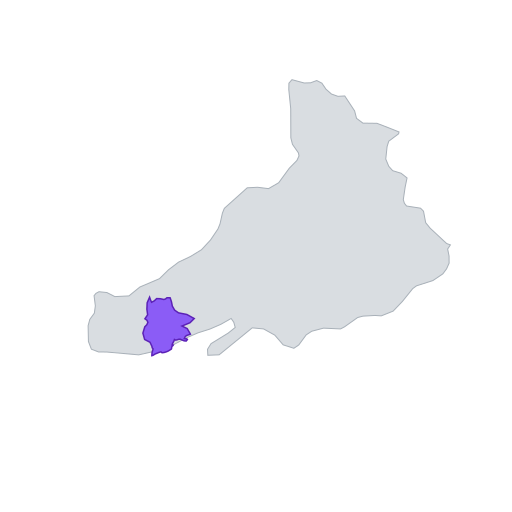 El Seybo highlighted on a map of Dominican Republic, rotated 145°
{"feature_id": "DOM-1986", "entity_name": "El Seybo", "entity_type": "Province", "adm_level": 1, "iso_a3": "DOM", "parent_name": "Dominican Republic", "parent_adm1": "", "projection": "mercator", "projection_center": [-69.039, 18.789], "detail": "fine", "context": "in_parent", "style": "filled", "palette": "violet", "viewbox_px": 512, "rotation_deg": 145, "n_neighbors": 0, "source": "natural_earth", "source_scale": "10m", "svg_char_len": 2451}
<svg xmlns="http://www.w3.org/2000/svg" viewBox="0 0 512 512"><g transform="rotate(145 256 256)"><path d="M91.5,336.2L92.0,318.3L94.7,311.1L92.2,303.5L80.8,295.3L73.8,284.9L67.7,275.6L69.1,274.3L81.4,273.9L85.8,270.5L94.1,261.0L95.8,253.3L95.1,247.5L89.7,240.6L87.5,233.3L94.2,227.0L103.0,217.7L104.2,214.1L104.0,210.6L93.8,200.8L93.1,196.6L97.9,186.0L97.4,178.9L92.7,156.9L90.4,153.6L95.0,151.8L97.9,145.2L101.9,139.4L107.2,136.2L113.2,134.2L125.1,134.4L141.6,139.5L146.3,139.4L162.2,134.8L175.3,132.2L187.7,135.1L192.7,139.1L202.9,145.4L208.0,147.3L224.2,147.2L228.6,147.8L242.1,158.2L253.5,162.4L260.1,162.6L272.0,158.6L277.9,158.7L284.7,167.6L286.0,180.4L291.6,191.9L300.3,199.3L342.9,196.2L352.4,202.3L349.2,207.4L343.1,210.0L322.9,208.8L314.0,209.4L312.2,214.5L312.2,219.1L324.0,220.2L335.7,222.6L347.5,226.3L359.6,228.8L373.1,230.5L386.5,233.2L408.8,242.3L433.4,263.0L440.0,267.7L444.3,274.1L442.3,282.1L433.5,295.2L428.5,299.4L421.2,301.9L416.2,307.3L411.4,316.4L408.5,317.2L405.1,316.8L399.1,311.6L394.9,303.7L383.0,296.2L368.9,297.2L348.1,292.8L335.5,294.9L322.9,295.4L310.0,293.2L297.1,292.4L284.1,295.2L271.6,300.0L267.0,303.0L258.9,310.4L254.6,313.2L224.1,316.9L215.3,311.4L207.1,304.0L195.4,303.0L178.4,308.8L167.7,310.8L163.4,313.3L162.1,316.1L162.1,326.5L159.7,332.8L143.1,356.7L133.7,373.5L129.9,378.7L125.4,379.8L117.3,370.1L112.0,366.6L105.6,364.9L102.9,359.8L103.0,352.5L101.3,345.4L97.3,339.8L91.5,336.2Z" fill="#d9dde1" stroke="#a8b0b8" stroke-width="1"/><path d="M354.6,229.6L358.5,230.7L360.1,230.6L362.1,229.5L361.4,228.7L360.2,227.9L360.1,226.9L362.0,226.4L363.6,227.8L365.8,231.3L367.2,232.2L368.7,232.6L370.1,233.2L370.7,234.4L372.0,233.4L374.5,232.2L375.7,231.3L374.9,230.5L375.3,230.3L376.2,230.2L377.1,229.9L378.1,228.8L378.5,228.4L378.9,228.3L382.6,228.5L384.7,229.0L386.7,229.7L388.4,230.6L388.6,230.9L388.6,231.3L388.7,231.7L389.1,232.1L391.2,232.8L391.4,232.8L395.0,233.6L397.3,233.7L398.3,234.0L398.5,234.1L396.5,236.6L393.6,238.9L393.7,240.4L393.1,241.6L392.3,246.1L395.1,251.5L392.9,257.7L387.7,261.8L384.9,262.3L382.6,263.7L382.2,266.0L383.0,268.3L378.5,270.0L375.9,275.0L372.0,280.1L366.8,283.3L367.6,280.5L368.1,278.0L365.1,277.6L361.8,278.1L358.9,275.9L356.4,273.2L354.7,272.7L353.0,272.9L351.6,272.0L350.3,271.0L351.5,267.0L353.3,262.9L353.7,258.3L352.1,253.9L346.2,247.8L342.5,240.2L348.4,239.2L356.8,241.1L354.0,236.0L354.5,230.1L354.6,229.6Z" fill="#8b5cf6" stroke="#5b21b6" stroke-width="1.5"/></g></svg>